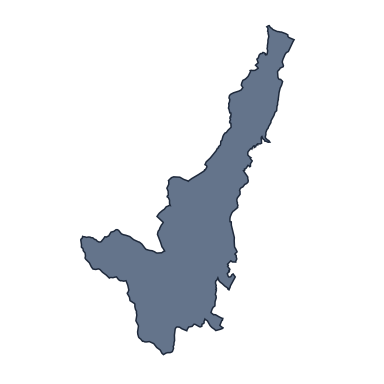 outline of Agrij, Salaj, Romania, rotated 85°
{"feature_id": "2599482B62013931354747", "entity_name": "Agrij", "entity_type": "district", "adm_level": 2, "iso_a3": "ROU", "parent_name": "Romania", "parent_adm1": "Salaj", "projection": "equal_earth", "projection_center": [23.096, 47.059], "detail": "fine", "context": "isolated", "style": "filled", "palette": "slate", "viewbox_px": 384, "rotation_deg": 85, "n_neighbors": 0, "source": "geoboundaries", "source_scale": "gbopen_adm2", "svg_char_len": 6041}
<svg xmlns="http://www.w3.org/2000/svg" viewBox="0 0 384 384"><g transform="rotate(85 192 192)"><path d="M253.6,300.4L257.8,298.8L260.1,297.4L260.8,294.6L260.4,292.0L261.2,290.4L264.1,288.2L267.3,284.6L270.5,281.9L270.1,281.5L270.2,279.3L270.5,278.3L270.1,276.2L270.0,274.6L272.9,272.8L273.8,271.7L274.2,271.0L274.2,269.9L274.9,267.7L274.6,265.5L279.3,264.1L284.2,263.5L286.3,264.5L287.1,265.3L287.5,265.3L291.3,263.5L294.8,263.2L298.2,258.9L298.7,258.7L301.4,258.9L304.1,258.5L305.9,257.7L307.4,257.9L309.8,257.7L315.4,259.1L320.3,257.1L321.3,257.1L326.6,258.4L328.9,258.4L332.0,257.8L333.1,257.0L333.9,256.0L336.4,254.3L336.4,253.4L337.1,252.4L337.4,250.9L337.3,247.5L339.7,243.3L343.8,240.7L346.7,237.4L350.0,236.0L351.5,234.6L350.2,231.9L349.9,230.3L350.1,227.7L349.6,226.1L349.1,225.4L346.2,224.0L344.2,224.2L342.8,223.3L340.6,223.1L338.5,222.3L333.1,222.0L327.0,220.7L325.6,219.7L325.1,218.6L325.6,216.1L327.3,214.1L329.8,209.3L328.6,208.8L326.2,207.1L325.9,203.6L323.9,201.6L324.1,200.4L326.9,196.3L327.1,195.4L326.6,193.9L324.6,193.6L324.0,191.8L323.3,191.3L322.3,191.4L319.7,190.2L320.5,189.6L320.9,188.8L321.7,187.9L326.7,185.6L328.7,184.0L330.8,181.5L332.1,180.4L331.1,175.0L330.8,174.5L330.6,173.4L330.3,173.1L330.0,172.9L328.9,174.4L327.3,175.9L322.6,173.5L322.4,172.9L320.6,172.3L320.3,173.3L318.5,176.2L316.4,179.1L316.1,180.2L316.2,181.1L313.8,183.6L310.7,182.3L308.7,181.0L307.5,179.1L303.3,178.6L299.6,177.1L297.5,177.1L296.5,177.6L295.8,177.6L291.7,176.2L291.2,176.8L290.0,176.0L288.6,176.5L287.3,176.0L285.1,176.5L283.8,176.4L282.8,176.1L282.0,175.0L279.8,173.7L282.7,172.9L284.2,171.8L285.9,169.9L288.5,167.6L291.1,164.5L291.5,164.8L291.9,164.7L292.7,163.7L289.9,162.2L289.0,162.0L280.4,156.3L277.2,158.2L278.0,159.6L279.7,160.7L279.9,161.2L280.0,162.6L278.8,163.4L276.6,163.9L276.2,163.9L274.8,161.9L274.0,161.6L273.8,162.3L273.3,162.0L272.3,161.0L269.2,163.0L268.3,162.2L267.0,162.9L263.9,159.3L265.2,157.9L265.6,154.5L264.6,154.4L262.6,153.2L260.6,153.6L259.1,153.5L257.6,154.7L257.1,154.3L255.7,152.4L255.4,152.3L251.8,153.7L251.0,154.3L249.6,154.4L244.0,154.2L241.2,153.8L228.5,155.7L225.2,155.5L224.9,156.7L222.3,156.6L220.1,156.1L216.4,154.2L214.8,152.8L214.4,152.0L211.5,147.9L211.1,148.1L209.4,147.4L207.4,147.9L206.3,147.7L205.4,148.1L203.4,148.0L201.8,147.3L198.5,144.3L195.5,144.1L194.7,144.5L193.1,143.8L192.1,142.8L191.3,140.8L189.1,138.9L188.3,136.8L186.9,135.3L185.5,135.0L183.0,135.3L182.0,135.1L175.3,138.9L174.8,137.6L173.7,137.7L173.5,136.8L172.9,135.9L170.3,133.9L170.9,133.0L171.9,132.3L171.5,131.5L168.9,131.3L166.5,129.4L166.2,129.3L164.6,130.6L163.4,131.0L163.0,130.3L161.4,132.1L159.9,133.2L157.7,133.0L156.6,132.5L153.9,129.8L153.8,129.1L154.4,128.6L153.1,128.0L151.6,126.8L151.4,126.0L152.1,125.5L152.8,125.7L152.4,125.1L152.5,124.7L151.2,124.1L150.4,123.3L150.8,122.5L149.8,122.4L150.0,119.9L149.4,118.4L144.4,118.4L143.2,118.0L142.8,117.5L145.2,116.8L146.5,115.3L147.8,114.9L147.8,114.0L149.1,111.8L149.1,110.1L147.5,111.0L146.6,112.4L144.6,114.1L143.1,114.1L141.3,113.4L139.3,113.3L136.3,111.9L135.2,110.7L133.5,110.0L129.8,107.4L127.8,107.0L122.9,103.7L119.8,102.4L118.4,100.6L114.0,99.9L112.5,99.1L110.7,99.0L108.2,98.3L107.7,97.9L107.2,98.0L100.5,96.6L96.1,95.1L93.3,93.4L89.8,92.1L87.5,93.9L87.5,94.8L87.1,95.6L85.4,96.4L79.6,96.3L78.4,95.4L77.7,94.3L76.3,93.4L75.1,90.2L74.1,89.9L70.4,90.8L68.1,90.0L63.0,87.3L61.3,85.8L60.5,83.9L59.8,83.4L51.2,78.4L49.2,77.0L46.5,82.1L45.3,83.0L43.9,82.8L42.5,84.7L40.4,89.1L40.3,89.7L40.4,90.2L39.8,91.5L39.6,93.0L37.4,97.0L36.8,97.7L35.9,98.2L35.3,99.2L34.4,99.9L32.5,100.8L32.8,100.8L33.9,103.1L35.2,102.2L36.4,102.1L38.5,102.7L39.3,102.2L41.2,102.4L41.5,102.1L44.0,102.0L47.2,103.1L49.4,103.3L53.0,104.2L54.2,104.2L55.4,104.7L57.9,104.3L60.7,105.0L61.7,105.6L61.1,106.3L61.1,106.5L61.6,106.8L61.2,107.1L60.4,107.0L59.4,108.3L59.2,109.3L60.1,110.1L60.1,111.7L61.5,113.2L64.1,114.2L65.3,115.8L69.0,114.8L71.2,117.7L74.0,115.4L74.5,115.3L76.3,118.5L76.3,120.8L75.9,122.4L76.1,123.5L76.9,123.2L77.3,123.3L81.7,126.0L83.5,128.1L84.3,129.3L85.2,131.6L87.7,132.9L89.8,133.6L92.4,132.2L94.6,134.1L95.5,136.3L96.8,142.0L98.0,144.9L99.1,146.2L101.2,146.9L102.2,146.8L102.8,146.3L103.7,146.4L105.8,146.9L107.0,147.7L109.5,147.7L111.6,148.4L112.9,147.9L116.5,147.4L116.6,146.5L117.4,146.4L118.5,146.4L119.8,146.9L120.5,146.8L120.5,147.5L121.9,147.8L122.8,147.4L123.6,147.4L124.8,148.3L125.5,148.4L125.8,148.2L126.3,148.4L127.0,147.3L130.7,147.4L131.2,147.7L133.4,150.5L135.8,152.7L136.1,154.0L137.7,155.4L139.2,156.3L143.3,157.8L143.9,158.9L146.7,159.3L148.0,159.8L148.5,160.8L149.2,161.6L150.2,161.7L150.8,163.0L153.1,164.4L159.8,170.9L163.2,175.2L165.9,176.7L166.7,175.5L167.5,175.0L168.4,175.0L169.8,175.9L171.1,176.9L171.0,177.5L172.1,178.1L175.4,184.4L178.6,191.1L180.3,193.9L181.0,194.8L180.5,195.3L178.7,199.2L176.2,202.8L175.4,208.3L175.3,209.0L176.0,211.5L176.5,211.7L177.4,213.2L178.7,214.5L179.1,214.2L182.3,214.5L186.0,216.7L189.1,215.7L192.9,215.9L193.4,216.2L193.8,216.9L194.6,217.2L195.5,216.1L198.1,215.1L201.4,215.4L203.6,214.8L203.3,215.8L204.1,217.5L204.4,218.9L206.8,221.1L207.8,223.0L210.1,226.2L211.2,227.3L213.3,229.0L219.7,223.3L220.7,223.9L222.3,225.4L225.5,227.4L226.5,227.6L227.8,228.9L228.8,229.4L231.2,230.1L239.4,227.7L244.0,226.7L245.8,225.6L248.4,224.4L248.8,225.7L249.9,227.5L249.8,232.1L249.4,233.1L248.2,234.6L247.0,236.9L246.5,239.3L245.2,242.7L244.0,243.7L239.5,246.5L237.3,248.8L237.2,249.4L234.4,254.3L231.0,257.8L229.3,261.7L228.6,264.0L227.5,266.0L223.8,268.5L223.0,269.7L222.9,270.9L224.4,273.3L224.9,276.2L228.6,278.9L228.9,280.1L229.4,281.0L229.0,282.7L231.1,284.4L232.7,286.1L233.2,286.3L233.8,287.4L233.7,289.1L232.8,290.6L231.0,292.0L230.8,293.1L229.0,294.8L228.6,296.8L228.2,297.1L227.9,298.3L227.8,299.2L228.0,301.1L227.3,302.7L227.1,304.0L226.7,304.8L228.3,305.4L228.8,305.8L229.0,306.4L229.9,307.0L234.9,306.7L237.2,307.0L237.7,306.8L238.3,305.9L238.7,305.7L239.9,305.4L240.9,305.5L243.5,303.8L246.5,303.7L248.4,304.3L249.6,303.8L253.6,300.4Z" fill="#64748b" stroke="#1e293b" stroke-width="1.5"/></g></svg>